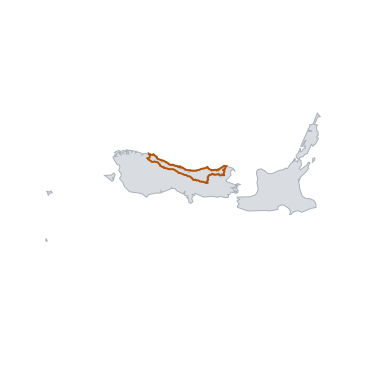 location of West Coast within New Zealand, rotated 56°
{"feature_id": "NZL-3406", "entity_name": "West Coast", "entity_type": "Regional Council", "adm_level": 1, "iso_a3": "NZL", "parent_name": "New Zealand", "parent_adm1": "", "projection": "natural_earth1", "projection_center": [171.032, -42.634], "detail": "fine", "context": "in_parent", "style": "outline", "palette": "amber", "viewbox_px": 384, "rotation_deg": 56, "n_neighbors": 0, "source": "natural_earth", "source_scale": "10m", "svg_char_len": 9021}
<svg xmlns="http://www.w3.org/2000/svg" viewBox="0 0 384 384"><g transform="rotate(56 192 192)"><path d="M201.4,157.3L202.9,157.4L209.6,152.5L212.4,151.4L213.1,151.3L211.6,152.8L212.0,153.8L210.4,157.2L211.7,156.6L212.5,154.3L213.4,153.9L213.1,152.6L217.1,153.0L215.7,155.3L213.6,156.7L214.9,156.8L217.9,154.4L217.9,155.8L213.9,159.8L215.1,162.0L214.1,163.8L215.2,163.5L216.7,164.9L215.8,166.7L211.4,171.3L210.8,173.6L206.9,177.7L202.6,185.3L194.8,190.1L196.2,191.5L193.5,193.3L195.7,192.9L197.1,195.8L200.6,196.7L200.8,199.5L198.6,200.3L196.3,199.0L193.1,199.5L194.2,198.3L192.9,197.6L190.5,199.9L187.1,197.2L188.9,200.4L182.2,204.0L179.4,204.3L178.4,206.2L176.8,206.4L177.7,207.0L175.5,217.0L173.6,217.0L175.4,218.1L175.1,219.1L172.9,222.0L169.8,229.6L170.9,231.4L170.8,232.6L165.1,234.6L156.8,243.7L149.3,245.0L145.1,244.0L140.2,244.6L139.3,242.0L137.6,240.6L133.2,240.7L131.1,237.9L129.3,237.2L127.1,238.7L120.2,238.4L118.9,238.0L118.7,236.9L121.2,234.1L118.9,235.6L117.8,235.4L118.8,234.2L118.7,232.9L115.8,234.2L116.0,231.7L122.3,230.1L119.8,229.8L119.6,229.0L122.1,227.1L118.8,227.3L119.3,225.1L121.1,225.1L120.4,223.5L124.2,225.1L123.7,223.6L125.1,223.2L122.5,222.1L122.4,220.5L123.7,219.3L125.4,219.8L124.3,218.4L127.3,215.6L128.1,217.8L128.3,214.7L132.1,211.8L133.7,212.9L133.0,210.3L139.5,203.4L143.2,201.6L145.2,201.9L148.6,199.8L150.0,200.6L149.5,199.1L149.9,198.4L158.5,194.5L158.5,193.2L159.4,193.0L158.8,192.6L163.8,188.3L165.8,188.6L164.6,187.4L166.6,186.3L168.6,187.2L167.4,185.8L169.3,185.0L170.2,186.1L170.3,184.4L173.2,181.0L173.8,183.8L174.1,183.4L174.0,180.6L176.1,177.4L177.7,176.8L176.9,175.8L180.0,165.8L183.2,164.6L186.1,161.6L188.0,156.0L188.6,151.8L190.4,148.7L195.3,144.7L199.3,144.7L196.5,145.1L196.1,147.2L196.9,148.9L199.8,150.2L201.4,157.3ZM200.1,45.4L204.4,52.8L206.6,50.5L207.0,52.2L211.2,54.3L212.0,53.6L215.4,55.5L215.9,58.1L218.3,57.2L221.3,62.8L220.8,64.2L221.8,66.2L219.3,66.4L224.6,74.9L223.9,77.9L224.8,79.9L223.5,83.8L225.7,84.9L226.5,84.0L231.1,86.3L232.2,89.8L234.3,89.7L233.7,81.2L232.4,79.0L233.4,77.7L236.3,82.2L237.5,82.0L238.9,85.7L240.3,93.7L242.1,96.1L241.1,95.7L240.9,96.4L241.8,97.1L250.5,101.2L257.2,102.9L261.0,101.3L263.4,98.1L267.2,95.6L270.7,95.8L274.2,97.9L272.2,102.3L270.2,112.2L266.3,115.0L265.3,120.0L266.0,122.0L265.2,123.6L263.6,121.4L260.1,120.8L254.2,123.3L252.5,125.7L252.2,128.8L254.5,130.7L250.8,138.8L248.7,141.0L239.1,156.2L230.2,162.8L229.0,162.2L228.3,159.6L224.6,159.7L224.9,156.7L224.4,156.4L223.0,158.1L221.4,157.5L228.5,146.4L229.8,140.9L228.5,138.1L226.6,135.4L220.8,133.1L218.0,130.3L212.5,128.0L210.9,126.6L210.3,124.9L211.3,121.9L214.4,120.1L218.7,119.0L221.4,116.0L223.1,106.8L224.8,103.4L224.3,101.3L226.0,99.8L223.4,93.9L224.0,92.0L223.2,91.8L221.6,88.0L222.6,87.9L223.5,90.0L224.5,88.2L226.2,87.8L224.2,85.5L221.8,86.2L220.1,85.4L218.9,81.8L216.4,78.0L217.1,77.8L219.2,79.8L219.9,78.3L218.6,76.0L219.1,73.8L217.5,72.5L217.3,73.9L214.4,71.8L212.8,68.2L212.8,70.1L216.1,75.2L215.2,76.3L214.6,75.8L206.1,62.2L209.0,58.4L207.2,59.2L205.6,61.4L204.8,60.5L204.2,58.8L202.1,56.5L203.1,55.2L203.2,53.4L196.7,44.0L201.2,43.6L200.1,45.4ZM134.7,246.1L137.2,249.4L135.9,249.2L135.9,249.9L138.4,250.7L138.4,252.2L129.3,255.2L132.8,249.5L132.5,246.1L134.7,246.1ZM113.4,310.9L114.3,313.0L111.4,311.9L109.8,312.4L112.1,310.3L112.4,308.1L114.5,308.4L113.4,310.9ZM234.2,72.7L234.7,75.3L231.9,73.4L231.8,72.0L232.6,71.1L234.2,72.7ZM212.0,150.4L210.2,151.4L210.7,149.3L212.7,147.9L212.0,150.4ZM119.0,229.1L118.8,230.3L116.2,229.9L118.2,228.5L119.0,229.1ZM151.2,339.2L151.8,340.0L150.5,340.4L149.2,339.2L151.2,339.2ZM121.8,221.4L122.4,223.3L120.7,222.4L121.8,221.4Z" fill="#d9dde1" stroke="#a8b0b8" stroke-width="1"/><path d="M136.6,206.7L136.1,206.4L136.7,206.1L137.0,206.0L137.5,205.5L138.3,205.0L138.8,204.5L139.2,204.0L139.2,203.5L139.3,203.3L139.6,203.1L139.8,203.0L139.9,202.9L139.6,202.7L139.8,202.6L140.1,202.5L140.9,202.5L141.4,202.4L141.8,202.2L142.1,202.0L142.2,201.9L142.4,201.8L142.7,201.8L142.8,201.8L143.1,201.5L143.3,201.6L143.5,201.9L143.8,202.1L144.4,202.2L145.2,202.0L145.9,201.6L146.6,200.9L147.2,200.5L147.5,200.3L147.7,200.1L148.5,199.7L148.8,199.4L148.8,199.2L149.0,199.0L149.3,198.8L149.7,198.7L150.2,198.1L150.4,198.0L150.7,197.9L151.6,197.3L152.3,197.1L152.6,196.9L152.8,196.7L153.0,196.4L153.6,196.3L153.8,196.3L154.1,196.2L154.3,196.0L154.8,195.9L155.2,195.5L155.8,195.7L156.1,195.6L156.7,195.1L157.0,195.1L157.2,194.9L157.6,194.3L157.8,194.1L157.9,193.9L157.9,193.7L158.2,193.4L158.5,193.4L158.6,193.2L158.7,192.6L159.0,192.3L159.3,192.1L161.0,191.3L161.2,191.1L161.3,190.6L161.6,190.5L161.8,190.4L162.0,189.9L162.4,189.7L162.8,189.4L163.2,189.3L163.3,189.4L163.6,189.5L164.6,188.3L164.2,188.2L163.8,188.6L163.5,189.0L163.2,189.2L163.5,188.5L163.9,188.0L164.3,187.8L164.4,187.5L164.4,187.4L165.3,187.3L165.6,187.2L165.9,186.8L166.0,186.5L166.2,186.4L166.5,186.5L166.6,186.2L166.8,186.1L167.3,185.8L168.5,185.4L169.0,185.0L169.7,184.9L170.0,184.6L170.6,184.3L170.9,184.0L171.3,183.4L171.6,183.2L171.8,183.1L172.9,181.3L173.1,181.1L173.5,181.0L173.7,180.8L173.8,180.6L174.0,180.3L174.1,180.1L174.5,180.0L174.7,179.6L175.0,179.1L175.2,178.9L176.2,177.2L176.4,176.9L176.6,176.6L176.6,176.1L176.7,175.7L177.3,174.8L177.6,174.0L178.0,171.6L178.2,171.0L178.3,170.6L178.4,170.2L178.5,170.1L178.9,169.6L179.1,169.3L179.2,168.9L179.5,167.9L179.6,167.6L179.8,167.0L180.0,166.4L180.0,166.2L179.9,166.3L179.8,166.2L179.8,165.3L180.0,165.2L180.8,165.3L181.7,165.2L182.0,165.2L182.7,164.9L183.9,164.2L184.2,163.8L184.4,163.7L184.6,163.7L184.9,163.7L184.9,163.3L185.3,163.0L185.5,162.7L186.0,161.7L186.2,161.2L186.3,161.1L186.4,160.9L186.5,160.7L186.5,160.4L186.7,160.1L187.0,159.9L187.4,159.6L187.7,159.5L187.6,159.4L187.6,159.2L187.8,158.7L187.9,158.2L187.9,157.8L188.0,157.6L188.4,157.5L188.6,157.5L188.4,157.0L188.3,156.8L188.2,155.0L188.2,154.8L188.3,154.4L188.3,153.4L188.3,151.6L188.2,151.1L188.2,150.8L188.3,150.7L188.5,150.7L188.9,150.2L189.2,149.8L189.2,149.7L189.3,149.5L189.4,149.4L189.5,149.4L189.8,149.1L190.1,150.3L190.2,150.5L190.7,150.9L190.8,151.1L190.9,151.4L191.0,151.6L191.3,151.9L191.5,152.1L191.5,152.3L191.4,152.5L191.2,152.8L191.1,153.0L191.0,153.7L191.2,153.9L191.3,153.8L191.6,153.5L191.7,153.4L191.8,153.4L191.9,153.5L192.1,153.5L192.5,153.4L192.9,153.5L193.1,153.6L193.1,153.8L193.2,154.0L193.3,154.1L193.4,154.3L193.5,154.5L193.9,154.7L194.0,154.8L194.6,155.4L194.8,155.5L195.6,155.7L195.8,155.9L196.0,156.0L195.9,156.3L195.3,156.8L194.4,157.1L194.3,157.3L194.5,157.6L194.5,157.9L194.4,158.1L194.4,158.3L194.4,158.6L194.4,158.9L194.2,159.2L193.9,159.5L193.7,159.6L193.2,159.7L192.7,159.6L192.4,159.6L192.2,159.7L192.1,159.8L192.2,160.0L192.3,160.2L192.3,160.3L192.2,160.5L191.5,161.1L191.4,161.3L191.3,161.6L191.1,162.2L191.0,162.6L190.8,163.0L190.7,163.2L190.4,163.3L190.1,163.4L190.0,163.6L189.9,163.8L190.0,164.0L189.9,164.2L189.8,164.3L189.1,164.4L188.9,164.5L188.7,164.6L188.4,164.9L188.3,165.0L188.2,165.2L188.2,165.5L188.3,165.9L188.3,166.0L188.4,166.3L188.3,166.7L188.2,167.1L188.0,167.4L187.7,167.6L187.6,168.4L187.6,168.6L187.7,168.9L187.8,169.2L187.9,169.3L188.2,169.5L188.3,169.6L188.3,169.8L188.3,170.0L188.4,170.4L188.5,170.6L188.6,170.8L188.9,170.9L189.3,170.9L189.5,171.0L189.7,171.3L189.8,171.5L190.1,171.7L190.6,171.7L191.0,171.9L191.1,172.1L191.2,172.3L191.3,173.0L191.4,173.4L191.7,174.0L191.9,174.2L192.1,174.3L192.3,174.2L192.5,173.9L192.8,173.9L193.0,173.9L193.0,174.2L192.9,174.4L192.8,174.6L192.7,174.9L192.6,175.1L192.5,175.3L192.4,175.4L192.1,175.6L191.8,175.6L191.4,175.8L190.8,176.3L190.0,176.9L189.8,177.1L189.6,177.4L189.5,177.5L189.2,177.8L189.1,178.0L188.9,178.2L188.4,178.6L188.0,179.3L187.6,179.6L187.3,179.8L187.0,179.8L186.7,179.9L186.1,180.2L185.8,180.4L185.5,180.8L185.2,181.2L185.2,181.4L185.1,181.7L184.3,182.1L183.6,182.3L183.5,182.6L183.4,183.0L183.2,183.4L183.2,183.7L183.1,183.8L183.0,184.0L182.8,184.1L182.1,184.1L181.7,184.2L181.1,184.2L180.5,184.4L180.4,184.3L180.2,184.3L179.6,184.5L179.3,184.7L179.1,184.8L178.9,184.8L178.4,184.9L177.9,185.1L177.6,185.3L177.1,185.8L176.9,186.1L176.7,186.5L176.3,186.8L175.3,187.1L175.0,187.1L174.5,187.4L173.7,188.7L173.2,189.0L171.9,189.6L169.6,191.3L168.4,192.6L168.0,192.6L167.8,192.5L167.4,192.6L166.8,192.8L165.0,193.7L163.7,194.2L163.3,194.4L162.3,195.2L162.0,195.6L161.8,195.9L161.6,196.4L161.2,196.8L160.9,197.2L160.7,197.6L160.4,197.9L160.0,198.5L158.0,200.0L157.6,200.5L157.1,200.9L156.4,201.7L156.0,201.4L155.8,201.5L155.5,201.5L155.3,201.8L155.1,202.1L154.8,202.4L154.4,202.6L154.0,202.9L153.4,203.2L153.0,203.5L152.5,203.7L152.1,203.6L151.7,203.5L151.5,203.3L151.1,203.3L150.6,203.6L149.8,203.7L149.2,203.6L148.6,203.7L148.1,204.0L147.4,204.4L147.3,204.6L147.2,204.9L146.7,205.4L146.3,205.6L146.0,205.9L145.7,206.2L145.6,206.5L145.5,206.8L145.2,207.6L144.9,208.0L144.4,208.5L144.1,208.7L143.2,208.8L140.7,209.9L139.1,210.1L139.5,208.8L139.6,208.5L139.7,208.1L139.5,207.8L139.4,207.5L139.1,207.1L138.8,206.9L138.4,206.6L137.9,206.4L137.3,206.4L136.6,206.7Z" fill="none" stroke="#b45309" stroke-width="2"/></g></svg>